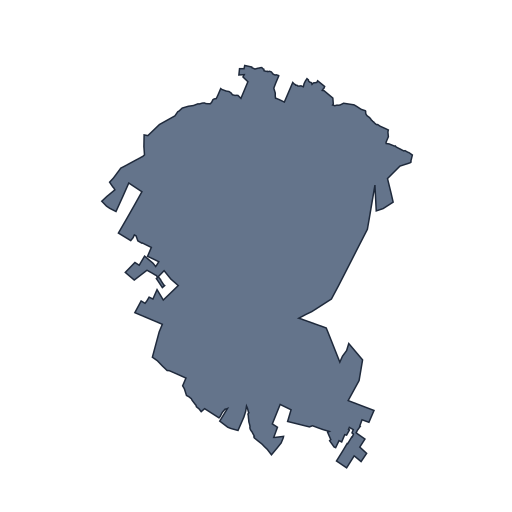 Tecoh, Yucatán, Mexico (Robinson projection), rotated 197°
{"feature_id": "50627088B87293297593146", "entity_name": "Tecoh", "entity_type": "district", "adm_level": 2, "iso_a3": "MEX", "parent_name": "Mexico", "parent_adm1": "Yucatán", "projection": "robinson", "projection_center": [-89.462, 20.666], "detail": "fine", "context": "isolated", "style": "filled", "palette": "slate", "viewbox_px": 512, "rotation_deg": 197, "n_neighbors": 0, "source": "geoboundaries", "source_scale": "gbopen_adm2", "svg_char_len": 5007}
<svg xmlns="http://www.w3.org/2000/svg" viewBox="0 0 512 512"><g transform="rotate(197 256 256)"><path d="M261.1,431.7L262.2,431.9L263.5,431.6L264.0,431.2L265.6,430.8L266.0,430.9L266.8,431.3L267.9,430.9L268.5,431.4L269.9,431.7L271.6,432.7L273.9,411.5L279.9,412.4L281.3,412.5L282.9,412.7L283.3,412.5L283.5,412.6L284.4,414.7L285.2,417.4L288.0,421.6L288.0,422.6L287.7,427.1L286.9,435.0L287.4,435.2L289.2,435.2L289.7,435.2L290.4,434.7L291.6,434.7L293.0,435.0L293.4,435.4L293.8,435.6L295.1,436.5L297.1,436.6L298.6,435.7L299.3,436.0L300.3,435.5L302.5,435.5L303.1,436.9L304.0,437.0L305.6,437.9L307.0,437.3L308.0,436.6L308.8,436.3L311.7,434.5L315.0,434.9L315.3,435.5L322.5,434.9L322.2,431.6L326.5,430.3L325.3,424.1L320.3,426.0L320.8,423.4L314.7,420.3L316.5,402.3L320.2,404.3L321.9,403.9L323.0,403.4L325.7,403.3L327.4,404.6L329.9,405.4L332.8,405.0L333.9,405.1L337.5,405.3L338.7,405.8L339.4,399.1L339.8,396.3L340.1,394.8L341.2,394.4L342.2,393.7L342.9,392.9L343.3,390.3L343.3,390.2L344.2,388.2L347.1,387.4L348.5,387.1L350.1,387.3L352.1,386.5L354.5,384.9L356.1,384.5L359.8,381.6L364.5,379.4L369.8,375.9L372.0,372.1L373.0,371.1L374.5,366.3L386.8,353.5L394.6,339.5L398.4,339.1L395.2,327.9L392.2,320.1L393.2,318.4L401.4,310.1L408.4,303.0L411.0,300.5L411.3,299.7L411.5,299.0L413.0,294.9L413.5,293.4L415.2,288.7L417.6,283.8L413.0,280.1L412.0,279.6L410.3,278.0L416.0,269.4L419.5,263.3L413.6,260.0L409.7,258.8L402.9,257.6L400.8,273.7L399.0,288.6L383.9,284.1L387.0,269.7L390.1,255.8L394.3,237.7L380.3,234.1L378.9,237.6L378.5,240.6L376.6,240.2L373.4,235.9L369.0,234.9L368.6,235.2L358.6,233.6L359.6,224.0L351.5,222.8L347.3,222.1L348.4,217.9L348.5,217.8L348.9,216.6L352.4,219.0L362.5,223.3L365.0,213.0L369.9,214.4L376.2,202.1L365.4,197.4L356.1,210.5L350.0,209.2L346.9,208.4L345.4,208.2L343.9,206.6L344.7,205.3L342.7,203.7L336.3,198.4L334.7,201.0L335.9,201.5L339.7,204.7L340.5,205.7L341.3,206.1L341.7,206.4L343.4,207.6L342.4,209.6L339.6,215.1L330.6,209.0L321.7,205.0L327.4,194.7L331.8,186.8L340.8,194.9L342.0,184.7L346.2,185.4L347.2,181.2L348.3,178.3L352.7,179.4L355.3,166.4L339.9,164.8L325.6,163.3L326.4,155.1L325.5,128.9L319.7,127.0L313.1,123.3L307.5,120.5L305.4,121.0L287.3,118.8L288.2,110.4L285.7,108.1L282.8,103.9L281.7,102.3L279.1,101.8L276.1,100.6L275.0,99.4L270.7,96.3L269.8,95.8L268.9,94.4L265.7,93.1L262.9,91.1L260.5,95.0L244.1,90.4L244.0,90.6L243.4,91.9L243.3,92.3L242.7,95.7L242.3,97.1L240.8,100.5L239.7,101.0L238.7,101.8L242.4,87.5L233.0,84.0L229.7,83.7L222.2,83.9L220.5,98.5L220.5,104.6L221.2,109.7L219.8,108.1L217.4,104.3L217.0,104.0L217.1,103.9L217.5,102.5L217.2,101.9L216.7,101.1L215.9,99.0L215.1,97.2L214.6,95.9L214.1,94.9L213.3,93.7L211.9,91.3L211.8,90.5L211.5,89.8L211.3,89.3L210.6,88.4L209.3,87.2L208.7,86.9L206.7,84.9L204.9,83.2L205.2,82.5L204.7,81.8L204.5,81.6L200.7,80.0L198.1,79.0L196.8,78.5L195.1,77.8L192.3,76.2L188.7,74.4L183.1,70.4L181.3,74.7L180.5,76.6L179.8,78.2L178.7,81.0L178.4,81.8L177.3,84.5L176.8,89.7L176.8,90.5L176.9,91.6L177.9,91.1L184.7,88.1L186.0,87.7L185.9,89.3L185.7,93.0L185.4,98.5L191.3,100.2L189.5,121.1L177.5,119.2L177.4,107.0L154.9,108.2L152.4,110.2L147.5,109.9L145.7,109.8L141.8,109.6L138.3,109.6L134.6,109.7L136.0,108.4L135.0,107.2L130.8,102.3L131.6,100.9L125.5,96.2L123.8,96.0L122.6,103.7L119.7,103.2L118.9,111.1L117.0,111.2L116.3,114.6L115.9,116.2L115.8,117.0L116.9,117.3L116.6,119.1L116.6,119.4L112.2,118.4L112.5,114.9L112.2,114.8L110.7,114.2L111.0,111.1L111.6,110.9L111.6,110.6L111.8,109.7L112.5,107.1L112.7,106.2L113.5,103.2L114.0,103.3L116.0,95.1L119.1,83.5L107.4,79.9L103.7,93.5L102.1,93.0L101.8,92.8L95.4,90.1L92.5,99.6L100.9,103.6L98.3,112.8L107.2,115.7L108.6,116.2L108.6,116.3L108.1,118.6L108.1,119.0L107.6,120.3L106.5,123.6L107.1,123.7L106.7,130.4L99.4,130.0L98.0,142.8L124.7,144.6L125.6,144.7L121.0,167.0L123.7,187.8L141.7,199.4L141.7,192.0L144.0,185.5L144.8,179.0L152.4,188.5L164.3,203.4L167.8,207.7L193.1,208.9L193.3,209.0L196.9,209.0L191.2,214.7L191.1,214.8L186.5,219.0L171.3,236.9L168.4,251.7L163.4,279.7L161.4,291.2L157.3,314.1L158.6,324.6L163.0,358.6L154.2,334.3L148.3,338.5L140.6,347.6L145.1,355.4L152.9,368.5L144.6,384.1L136.0,390.1L135.4,390.8L135.2,391.3L135.7,392.0L135.7,393.2L136.0,398.3L140.0,399.6L141.1,399.6L144.3,400.3L145.4,399.7L153.8,401.2L155.0,402.0L155.7,401.6L161.6,402.1L164.4,401.6L164.9,402.8L164.3,408.8L166.1,413.1L166.3,415.2L169.6,415.7L175.2,416.4L175.9,416.6L178.1,417.3L178.9,416.9L179.9,417.1L182.1,418.1L182.6,418.6L183.7,418.8L184.6,419.5L185.3,419.6L186.2,420.5L187.9,421.6L190.8,422.6L192.0,423.5L192.3,423.9L192.8,424.5L193.5,426.6L194.0,426.9L198.1,427.0L199.0,427.2L203.8,428.6L206.5,429.2L216.9,427.7L219.6,425.1L221.6,424.1L222.6,424.0L224.7,422.7L226.9,422.8L226.5,423.9L228.7,429.5L239.3,434.0L241.1,433.7L241.1,433.8L240.4,435.9L240.1,436.1L239.9,438.2L248.3,441.6L248.6,439.7L251.7,438.3L252.6,436.5L253.5,437.7L254.0,438.0L254.6,438.0L255.5,438.0L256.6,438.5L257.1,439.1L257.4,439.8L258.1,440.0L259.1,440.5L259.9,437.9L260.4,435.0L260.2,431.7L261.1,431.7Z" fill="#64748b" stroke="#1e293b" stroke-width="1.5"/></g></svg>